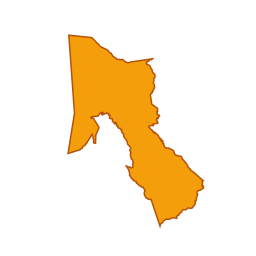 the district of Cruzeiro do Sul, Acre, Brazil, rotated 259°
{"feature_id": "56859067B30486301252359", "entity_name": "Cruzeiro do Sul", "entity_type": "district", "adm_level": 2, "iso_a3": "BRA", "parent_name": "Brazil", "parent_adm1": "Acre", "projection": "albers", "projection_center": [-72.817, -7.957], "detail": "fine", "context": "isolated", "style": "filled", "palette": "amber", "viewbox_px": 256, "rotation_deg": 259, "n_neighbors": 0, "source": "geoboundaries", "source_scale": "gbopen_adm2", "svg_char_len": 5960}
<svg xmlns="http://www.w3.org/2000/svg" viewBox="0 0 256 256"><g transform="rotate(259 128 128)"><path d="M230.4,87.6L152.8,78.3L114.4,64.3L115.9,77.0L116.0,77.5L116.5,77.8L116.8,78.2L116.9,79.2L117.4,79.6L118.0,79.6L118.5,80.5L118.6,80.8L119.2,81.9L119.0,82.2L119.3,82.6L120.3,83.4L120.5,83.9L120.9,84.1L120.7,84.4L121.7,85.1L128.5,91.5L127.7,91.5L126.1,92.0L125.0,91.9L123.4,92.0L121.2,91.7L121.0,91.4L120.2,91.4L119.6,91.9L119.3,92.8L119.4,93.3L127.1,95.0L133.6,99.5L134.3,99.5L134.7,99.5L144.3,95.8L144.5,95.1L144.5,93.9L144.8,93.6L145.2,93.5L145.6,93.7L145.9,94.4L145.9,96.8L145.4,99.7L145.3,100.6L145.9,101.1L146.2,101.8L146.6,102.3L147.6,102.9L148.0,103.5L148.0,104.0L147.8,104.3L147.3,104.6L146.7,104.7L146.1,104.9L145.8,105.4L146.4,105.5L148.2,105.3L148.4,105.7L147.3,106.6L146.3,106.7L146.0,106.9L146.5,107.8L146.5,108.7L146.6,109.3L147.0,109.8L146.8,110.1L146.1,110.5L145.9,111.3L145.5,111.6L144.5,111.4L144.2,111.7L144.3,112.3L144.1,112.7L143.7,112.8L141.7,111.8L141.2,111.7L140.3,113.0L140.3,114.1L140.1,114.4L138.3,114.3L137.8,114.0L137.4,114.0L137.0,114.7L135.0,115.5L134.6,115.8L135.7,116.5L135.9,117.0L135.4,117.5L134.8,117.3L133.8,117.7L132.7,117.1L132.3,117.3L132.2,118.0L131.9,118.4L130.8,118.6L130.7,118.3L130.3,118.4L129.4,119.0L128.9,120.6L127.7,120.7L127.2,120.9L127.1,121.3L126.9,121.6L126.4,121.5L126.1,121.1L125.0,121.3L124.5,121.3L124.0,121.5L123.3,122.2L122.5,122.7L121.5,122.2L121.0,122.3L120.4,122.2L118.6,122.9L117.8,123.5L117.0,123.7L115.9,124.2L115.7,124.5L114.2,124.6L112.7,124.4L112.3,124.5L109.7,126.1L108.5,126.7L108.0,126.8L107.3,126.8L106.7,126.4L106.0,125.6L105.5,125.5L104.3,126.0L103.7,126.1L103.1,125.9L102.7,125.9L102.0,125.6L101.6,125.2L101.1,125.1L100.6,125.3L99.2,125.2L98.2,125.4L97.3,125.3L96.8,125.4L96.2,126.3L94.6,126.3L93.4,126.7L93.0,126.7L91.9,125.7L91.3,125.6L90.5,125.8L88.2,125.1L88.2,124.5L88.2,123.9L88.6,122.9L89.3,122.5L89.6,121.0L90.0,120.3L90.8,119.7L91.0,119.3L91.1,119.0L90.6,119.1L90.3,119.5L89.8,119.7L89.2,119.7L88.5,120.1L86.3,120.8L84.5,120.8L83.4,121.0L82.5,120.9L81.6,120.5L81.1,120.6L80.7,120.8L80.5,121.1L77.9,121.7L77.8,122.3L77.3,122.7L76.8,122.6L76.3,122.7L76.0,123.1L74.8,124.2L73.7,125.8L73.4,126.1L72.4,125.7L72.0,126.0L70.7,127.4L69.8,127.7L69.3,128.2L69.3,128.6L68.9,128.7L68.1,129.4L67.3,130.3L66.9,131.5L66.5,131.7L64.2,132.4L63.2,133.0L62.8,132.7L62.4,132.1L61.9,131.8L60.4,131.4L59.2,131.4L56.3,132.2L55.5,132.9L54.8,134.0L54.4,134.1L54.0,134.6L53.8,135.6L53.6,136.0L53.7,136.5L53.6,137.0L25.6,140.7L26.5,141.1L27.6,141.9L28.0,142.5L28.6,143.9L30.2,145.3L31.3,148.4L30.8,149.3L30.6,150.7L30.7,152.1L31.2,153.4L31.3,154.5L31.1,156.2L30.4,157.6L30.1,158.6L31.7,158.8L32.2,159.2L32.3,159.6L32.6,160.0L32.7,161.0L32.9,161.5L33.9,161.7L34.3,162.2L34.7,163.5L35.2,164.4L36.8,165.5L37.2,166.4L37.3,167.3L36.8,168.6L36.8,169.5L37.1,170.3L37.8,171.0L38.1,171.7L37.4,173.6L37.1,174.3L37.2,175.7L38.1,176.4L38.4,177.0L38.8,177.4L39.7,178.6L41.0,179.6L43.4,179.8L43.4,180.6L43.8,181.2L45.0,181.5L46.8,182.1L47.4,182.4L48.1,182.7L48.5,183.1L49.7,183.8L51.2,183.2L52.3,183.6L53.0,184.7L53.1,186.5L54.5,190.6L55.4,190.8L56.0,190.7L56.6,189.9L57.0,190.5L57.4,190.1L58.0,190.1L59.2,190.4L60.2,190.9L61.6,190.5L62.1,191.1L62.1,191.7L64.6,189.7L72.4,183.8L73.3,182.7L73.9,182.3L74.5,181.6L75.0,181.5L75.3,181.2L76.1,181.1L76.5,180.9L77.8,179.6L78.3,179.4L80.6,179.1L83.4,177.8L84.9,176.8L85.8,176.5L86.7,175.7L88.2,175.2L89.6,175.0L90.0,174.7L90.9,172.3L91.6,171.3L91.9,170.3L92.4,169.6L92.6,169.4L94.3,168.6L95.9,168.6L96.7,168.3L97.2,168.3L97.7,167.9L99.3,165.5L100.3,164.6L100.6,163.9L100.8,162.2L102.1,160.6L102.9,160.3L103.8,160.2L105.2,159.7L105.4,160.0L105.7,159.6L106.1,159.5L106.4,159.7L107.0,158.9L108.2,159.2L108.2,159.7L108.6,159.7L108.7,159.2L109.1,159.3L109.3,158.9L109.2,158.5L109.0,158.1L109.7,157.8L110.9,158.3L110.9,157.9L111.9,157.5L111.9,157.1L112.2,156.9L112.9,156.6L113.6,156.6L115.1,156.2L115.6,155.6L116.5,155.0L117.2,154.3L117.5,154.4L117.6,154.1L118.2,153.8L118.1,153.4L118.4,153.1L118.3,152.7L118.8,152.6L119.0,152.9L119.6,152.4L119.7,151.6L120.7,151.5L121.0,151.3L121.3,151.0L121.8,151.0L122.7,149.9L124.2,149.3L124.6,148.9L125.3,148.5L125.7,148.8L126.0,150.2L126.0,151.5L125.5,152.8L125.5,153.3L125.9,153.7L127.0,153.3L127.3,153.6L127.0,154.1L127.2,155.2L127.0,155.8L127.1,156.9L126.9,158.0L127.3,158.3L128.1,158.3L129.4,157.8L131.6,157.8L132.0,158.0L132.1,158.5L131.7,159.0L131.6,159.4L131.9,159.6L132.5,159.7L132.8,160.0L133.3,160.7L133.9,161.3L134.4,161.3L134.7,161.0L134.8,160.2L135.1,159.7L135.6,159.3L136.0,159.3L136.4,159.5L137.2,159.4L137.6,159.6L137.9,159.4L138.3,159.4L138.6,159.6L138.6,160.1L138.8,160.4L139.2,160.3L139.5,160.1L140.6,160.7L141.8,160.6L146.7,155.9L155.1,156.2L155.6,156.2L156.1,156.2L156.8,156.8L157.5,157.2L157.7,157.5L157.5,157.9L158.3,158.5L158.6,158.8L159.4,159.1L159.5,159.6L160.7,160.0L161.0,160.5L161.4,160.7L162.1,161.5L162.4,161.8L163.5,161.9L164.1,161.8L164.4,162.0L165.4,162.1L167.3,161.6L168.2,161.7L169.2,162.4L170.5,162.7L171.0,162.7L171.8,163.1L172.3,163.8L172.8,164.2L174.2,164.4L175.8,164.4L176.2,164.0L176.8,163.3L177.1,163.2L177.5,163.2L178.3,162.6L180.4,162.8L181.5,162.2L182.8,161.9L183.6,161.5L184.7,161.4L185.1,161.1L185.9,160.3L186.4,159.4L187.1,158.5L187.7,158.7L188.2,158.4L189.0,158.7L189.2,159.1L189.2,159.4L189.7,160.5L189.7,160.9L190.9,162.9L190.6,164.2L191.3,165.2L192.3,142.5L191.9,141.1L191.9,140.3L192.1,140.0L192.8,139.3L193.7,137.7L194.5,137.3L195.1,136.6L195.6,136.5L196.3,135.7L196.5,134.4L196.3,134.1L196.4,133.7L197.0,132.6L197.4,130.4L198.9,129.5L199.2,129.1L199.3,128.7L199.9,128.1L200.7,127.6L201.6,126.7L202.6,126.5L203.4,126.0L204.2,125.9L204.6,125.7L205.1,124.8L206.2,123.8L207.3,123.6L207.8,123.3L208.4,122.4L209.1,122.0L209.4,121.7L210.0,120.6L210.4,120.3L210.4,120.0L210.8,119.6L211.2,118.7L211.9,118.5L212.7,117.0L213.0,116.8L213.2,116.4L213.5,116.2L214.7,115.5L215.1,115.5L216.1,114.9L216.3,114.5L223.6,109.8L230.4,87.6Z" fill="#f59e0b" stroke="#b45309" stroke-width="1.5"/></g></svg>